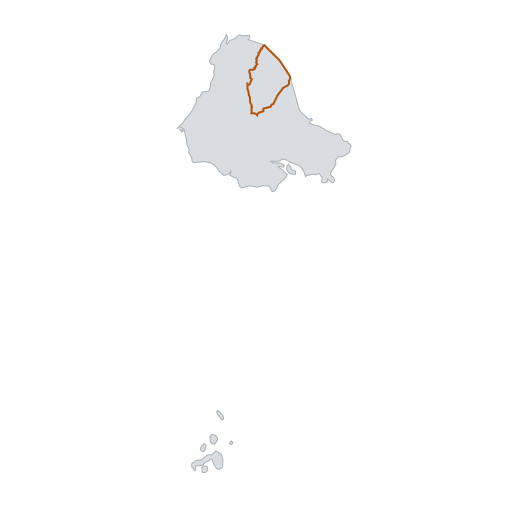 location of Pastaza within Ecuador, rotated 274°
{"feature_id": "ECU-1288", "entity_name": "Pastaza", "entity_type": "Province", "adm_level": 1, "iso_a3": "ECU", "parent_name": "Ecuador", "parent_adm1": "", "projection": "orthographic", "projection_center": [-76.647, -1.794], "detail": "fine", "context": "in_parent", "style": "outline", "palette": "amber", "viewbox_px": 512, "rotation_deg": 274, "n_neighbors": 0, "source": "natural_earth", "source_scale": "10m", "svg_char_len": 7185}
<svg xmlns="http://www.w3.org/2000/svg" viewBox="0 0 512 512"><g transform="rotate(274 256 256)"><path d="M474.8,211.0L473.3,212.0L469.6,212.4L466.7,211.4L465.5,211.4L465.4,212.4L469.2,214.8L471.0,219.2L473.7,221.8L475.4,223.2L475.5,224.1L474.9,225.8L474.8,227.3L475.7,233.9L475.1,234.3L473.1,234.3L471.4,233.1L467.0,249.6L453.0,265.9L437.0,277.5L418.6,284.2L405.1,288.8L403.0,290.6L396.4,298.8L396.1,299.6L397.0,301.0L397.1,301.9L396.1,302.5L395.2,302.6L394.9,302.1L394.6,301.1L393.7,300.1L392.6,299.8L392.0,300.1L392.0,301.0L390.6,305.4L390.6,307.6L390.0,308.4L390.0,310.4L388.6,312.2L387.6,315.1L386.5,316.1L385.1,320.7L383.1,325.2L382.9,326.8L383.6,327.9L383.8,328.8L382.9,331.6L378.2,334.4L376.9,335.7L376.4,337.3L376.8,338.6L376.6,339.6L375.1,340.0L373.6,342.6L372.4,343.2L369.4,342.3L367.2,342.3L365.5,341.5L362.2,337.2L360.9,334.6L360.5,331.0L357.2,328.7L352.9,329.3L351.6,328.5L348.5,327.0L345.7,325.3L343.7,324.5L342.1,324.9L339.6,327.8L337.1,329.0L336.0,329.0L334.6,328.1L334.3,327.1L337.9,322.1L335.2,322.0L334.3,321.0L334.1,319.7L333.7,318.4L334.2,316.8L335.6,315.9L337.8,316.6L339.2,316.6L340.2,315.1L342.2,313.9L342.6,313.2L341.5,310.7L341.2,309.4L341.5,308.6L341.4,306.0L340.8,305.0L340.7,303.5L340.2,302.7L340.0,300.9L338.6,299.9L343.0,298.2L344.6,296.8L346.6,295.6L348.3,293.7L349.4,291.8L352.1,283.4L354.6,278.0L354.1,275.4L352.1,272.0L351.6,266.9L351.8,265.3L351.5,264.1L350.1,266.3L350.5,273.8L349.3,277.2L347.6,278.0L346.5,277.4L347.1,271.9L345.8,272.9L343.8,276.6L340.6,279.4L340.4,280.3L339.6,281.5L337.1,280.4L335.1,279.3L328.8,273.1L324.6,271.8L322.1,269.7L321.6,268.8L321.3,267.5L323.8,266.2L326.5,264.5L326.7,260.6L326.6,257.6L324.7,252.4L325.6,245.7L325.1,243.0L322.8,237.4L324.5,234.6L330.4,232.6L332.2,231.2L333.5,226.7L334.9,224.1L337.5,225.1L339.6,225.0L336.8,224.0L334.5,220.0L334.2,218.2L338.5,212.7L340.8,211.3L343.6,208.4L345.9,204.0L346.5,197.1L345.5,192.2L344.8,187.0L346.2,185.6L349.8,184.9L352.7,183.2L354.2,181.7L357.7,181.9L361.7,179.5L368.0,178.3L377.0,175.5L378.9,173.1L378.0,168.8L381.4,171.4L382.9,173.4L387.5,175.7L392.8,179.8L396.4,181.9L400.3,183.8L405.9,185.8L409.3,185.5L410.8,188.5L412.1,189.5L415.3,190.5L415.7,190.9L416.9,196.6L417.6,197.5L420.4,198.4L423.9,198.7L425.3,198.5L428.3,200.1L433.0,201.4L434.6,201.6L435.4,201.3L435.7,200.8L437.1,200.9L439.1,201.6L442.0,201.7L443.9,201.0L444.2,197.9L444.9,197.2L447.0,196.0L448.1,196.2L453.6,198.8L454.7,199.6L456.1,201.4L458.7,204.0L461.5,205.7L465.8,206.4L469.9,209.2L474.8,211.0ZM46.3,209.0L47.9,210.7L48.8,215.7L54.0,220.9L54.7,223.8L54.2,225.2L54.5,225.7L57.0,227.8L58.7,229.9L55.9,235.1L50.0,237.3L43.7,237.2L42.5,236.7L40.8,234.8L40.5,233.0L41.4,231.4L44.7,228.8L49.6,226.5L50.2,224.8L48.2,223.1L46.9,219.8L43.7,217.5L42.2,210.4L41.1,210.0L39.0,211.0L37.9,210.2L37.8,209.7L40.1,208.1L40.5,206.9L43.9,206.3L45.4,207.2L46.3,209.0ZM70.9,230.4L69.5,230.4L65.4,227.8L65.7,225.3L67.3,223.5L72.6,222.6L74.8,224.2L74.6,227.3L72.8,229.6L71.4,230.0L70.9,230.4ZM343.8,288.7L343.2,289.7L340.7,289.6L339.9,289.3L340.6,284.3L341.3,282.7L343.4,281.2L345.1,280.4L347.4,280.6L349.7,282.0L346.9,284.5L344.8,285.2L343.8,288.7ZM42.2,222.2L39.6,222.7L37.4,221.8L36.5,220.3L36.3,218.2L36.5,217.5L41.3,216.6L42.9,218.4L42.9,221.1L42.2,222.2ZM95.0,234.0L91.9,235.1L90.2,234.1L90.0,233.4L91.8,231.7L93.4,230.8L94.9,228.9L97.7,227.7L98.5,228.0L99.0,228.4L99.2,229.0L98.3,230.6L96.6,231.7L95.0,234.0ZM64.6,218.6L63.4,219.4L58.4,218.5L56.9,216.9L58.1,214.8L59.2,213.9L62.1,214.7L65.1,217.1L64.6,218.6ZM68.6,245.8L67.6,245.8L66.1,244.7L67.2,242.6L69.3,243.7L69.8,244.5L68.6,245.8ZM376.7,174.3L375.2,174.5L374.5,173.2L376.3,171.7L377.0,171.4L376.7,174.3Z" fill="#d9dde1" stroke="#a8b0b8" stroke-width="1"/><path d="M466.8,250.0L466.3,250.5L464.8,251.9L463.8,253.2L462.4,254.7L461.1,256.3L459.7,257.9L458.4,259.4L457.0,261.0L455.6,262.6L454.3,264.2L452.9,265.7L451.3,267.0L449.7,268.2L448.1,269.4L446.5,270.7L444.9,271.9L443.3,273.2L441.6,274.4L440.0,275.6L438.5,276.8L437.3,277.5L436.9,277.4L436.4,277.7L435.8,277.9L434.6,277.3L433.7,277.1L433.4,276.9L432.9,276.6L432.6,276.6L431.8,276.8L430.6,276.9L429.5,276.6L428.6,276.0L427.9,275.2L427.6,274.2L427.4,273.9L427.2,273.7L426.8,273.2L425.9,272.0L425.4,271.2L425.0,270.7L424.6,270.6L424.2,270.5L418.0,266.4L410.5,263.3L409.6,263.0L409.1,262.9L408.8,262.6L408.6,262.1L408.5,261.7L408.3,261.3L408.0,260.9L407.5,260.7L406.4,260.5L405.9,260.2L405.7,259.9L405.6,259.5L405.5,258.7L405.4,258.3L405.0,257.7L404.9,257.3L404.9,256.7L404.8,256.4L404.3,255.7L403.9,253.9L403.6,253.3L403.2,253.0L402.7,252.9L401.5,253.2L401.1,253.3L400.7,252.9L400.5,252.3L400.2,251.4L399.4,249.3L399.2,248.9L398.8,248.5L398.4,248.1L397.8,247.5L396.6,247.3L397.3,246.7L398.0,245.3L398.1,244.9L398.2,244.5L398.1,241.5L399.5,241.6L400.3,241.6L402.2,241.2L402.9,241.3L403.3,241.3L403.6,241.4L403.8,241.6L404.1,241.6L404.4,241.1L404.5,241.0L404.9,241.1L405.1,241.2L405.5,241.3L405.9,241.2L406.5,240.9L407.6,240.1L407.8,240.0L408.4,239.8L408.7,239.7L409.3,239.4L409.5,239.3L409.9,239.2L410.3,239.2L410.6,239.1L411.0,239.2L411.3,239.2L411.5,239.2L411.9,239.1L412.3,239.0L413.5,238.9L416.0,237.8L416.3,237.5L416.6,237.5L417.5,237.4L418.3,237.3L420.8,236.5L421.4,236.2L421.7,236.0L422.0,235.8L422.4,235.8L427.0,235.5L426.4,236.1L426.3,236.3L426.5,236.7L426.6,237.4L426.8,237.7L427.1,237.9L429.3,238.4L431.9,239.4L432.4,239.4L432.6,239.2L432.7,238.9L432.7,238.6L432.8,238.3L433.0,238.1L433.5,237.6L433.9,237.6L434.2,237.8L434.6,237.9L434.8,237.8L435.2,237.6L435.4,237.6L436.1,237.6L436.6,237.5L437.2,237.3L437.4,237.3L437.7,237.2L437.8,237.1L438.0,236.8L438.1,236.7L438.7,236.6L439.3,236.4L439.7,236.4L440.2,236.4L440.7,236.6L441.0,236.7L441.4,237.1L441.5,237.5L441.5,237.9L441.4,238.2L441.4,239.3L441.4,239.9L441.6,240.3L441.8,240.6L441.9,240.8L442.1,240.9L442.3,241.1L442.5,241.4L442.5,241.5L442.7,241.9L442.9,242.0L443.1,242.0L443.2,241.9L443.3,241.8L443.3,242.0L443.7,242.2L443.9,242.2L444.3,242.2L444.5,242.1L444.8,242.0L445.1,242.3L445.3,242.3L445.5,242.3L445.8,242.6L445.7,242.7L445.7,242.8L445.9,242.9L446.3,243.0L446.9,243.2L447.4,243.2L447.6,243.3L447.7,243.6L447.8,243.5L447.9,243.4L448.0,243.3L448.2,243.2L448.3,243.1L448.5,243.1L448.7,242.9L448.8,242.8L449.0,243.0L449.3,243.0L449.4,242.9L449.5,242.9L449.9,243.0L450.4,242.9L450.5,242.9L450.7,243.1L450.9,243.1L451.0,243.1L451.3,243.1L451.5,242.9L451.7,242.7L451.9,242.6L452.0,242.6L452.3,242.6L452.6,242.6L453.0,242.8L453.3,242.8L453.5,242.8L453.5,242.7L453.8,242.8L453.9,243.0L453.9,243.3L454.0,243.3L454.1,243.2L454.4,243.3L454.6,243.4L455.0,243.5L455.3,243.6L455.5,243.8L455.8,244.1L456.1,244.0L456.4,244.3L456.8,244.5L457.2,244.6L457.7,244.6L458.0,244.6L458.3,244.4L458.2,244.3L458.2,244.2L458.3,244.1L458.5,244.1L458.6,244.3L458.7,244.5L458.8,244.6L459.5,244.8L459.8,245.3L459.9,245.5L460.1,245.5L460.3,245.5L460.7,245.7L460.8,245.7L460.9,245.9L461.0,245.9L461.4,246.0L461.8,246.1L462.1,246.1L462.3,246.2L462.3,246.4L462.6,246.9L462.9,247.2L463.0,247.4L463.1,247.5L463.2,247.4L463.3,247.3L463.5,247.2L463.5,247.3L463.6,247.5L463.8,247.6L464.0,247.7L464.8,248.0L465.0,248.1L465.3,248.2L465.5,248.4L465.8,248.5L466.0,248.5L466.3,248.9L466.5,249.4L466.8,250.0L466.8,250.0Z" fill="none" stroke="#b45309" stroke-width="2"/></g></svg>